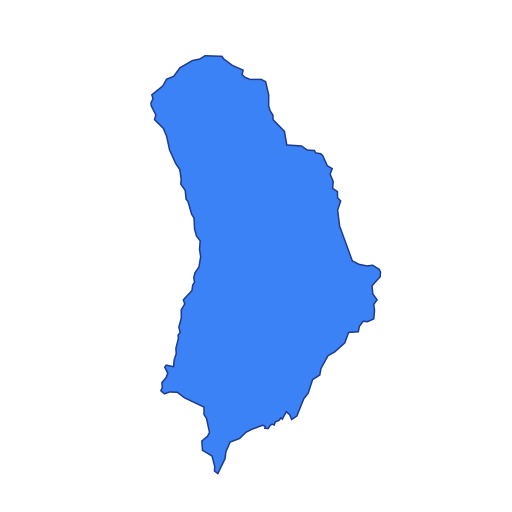 outline of Brusturoasa, Bacau, Romania, rotated 349°
{"feature_id": "2599482B60057151040295", "entity_name": "Brusturoasa", "entity_type": "district", "adm_level": 2, "iso_a3": "ROU", "parent_name": "Romania", "parent_adm1": "Bacau", "projection": "orthographic", "projection_center": [26.192, 46.569], "detail": "medium", "context": "isolated", "style": "filled", "palette": "blue", "viewbox_px": 512, "rotation_deg": 349, "n_neighbors": 0, "source": "geoboundaries", "source_scale": "gbopen_adm2", "svg_char_len": 1949}
<svg xmlns="http://www.w3.org/2000/svg" viewBox="0 0 512 512"><g transform="rotate(349 256 256)"><path d="M260.7,53.5L244.2,49.7L238.5,51.9L230.9,52.0L217.2,56.7L209.6,63.9L201.9,65.4L197.1,71.2L184.5,77.9L184.9,81.9L182.1,85.7L181.8,88.6L184.6,98.4L182.4,102.8L189.4,113.1L191.1,121.2L191.4,135.4L194.9,150.1L197.7,156.6L197.2,166.3L195.9,171.1L199.0,178.1L198.2,187.0L199.6,189.2L200.8,202.8L202.4,206.8L200.8,218.0L201.4,225.1L204.1,230.5L201.8,238.8L201.6,246.0L197.9,255.9L192.9,260.8L190.8,265.3L190.7,269.9L188.3,272.5L186.5,277.7L176.3,285.2L176.9,289.5L172.3,294.6L170.9,302.5L166.7,311.1L166.9,316.7L164.4,318.8L164.0,322.4L159.8,331.2L159.0,336.9L155.8,342.4L154.0,348.9L147.0,346.0L145.2,347.7L147.0,354.2L144.4,358.4L139.5,362.3L138.9,367.3L136.9,370.1L139.8,373.8L145.3,373.0L152.8,374.8L158.8,381.6L176.1,394.4L174.7,401.8L176.4,405.8L176.7,420.3L174.0,423.7L167.5,427.3L166.4,436.5L174.7,444.0L175.3,454.8L174.2,459.1L177.0,462.3L186.9,449.1L189.1,442.4L195.1,433.7L205.1,432.0L212.4,427.2L218.3,425.4L230.4,423.4L232.5,425.2L231.8,426.8L235.0,427.7L237.4,425.1L239.7,424.1L241.6,425.4L243.3,422.4L247.1,421.9L249.4,419.7L250.7,421.2L256.0,414.6L258.8,418.3L259.8,423.3L265.5,420.9L275.7,405.2L281.0,400.6L288.0,388.1L295.9,385.0L298.3,378.8L307.7,367.6L315.1,365.1L326.6,358.2L332.3,348.7L342.0,349.9L344.1,344.7L348.8,340.5L352.8,341.8L359.6,340.2L362.0,331.9L362.3,326.0L366.5,322.1L363.4,315.5L364.2,307.3L373.9,300.1L375.1,295.7L374.4,292.6L368.7,287.3L363.3,287.0L355.6,283.9L349.6,279.1L343.8,242.7L344.9,226.4L349.6,218.2L347.2,214.4L348.2,208.3L344.1,204.3L346.0,197.7L344.4,189.7L347.5,184.8L343.2,181.0L340.6,170.1L339.0,167.9L334.2,166.2L333.5,163.6L326.5,161.8L321.5,156.6L307.4,152.9L307.7,139.1L298.7,125.4L299.5,121.1L297.5,115.9L297.1,110.9L299.2,100.4L298.7,86.7L294.7,83.6L283.8,81.5L279.2,78.4L276.9,75.4L278.8,71.1L269.4,64.6L261.9,56.4L260.7,53.5Z" fill="#3b82f6" stroke="#1e3a8a" stroke-width="1.5"/></g></svg>